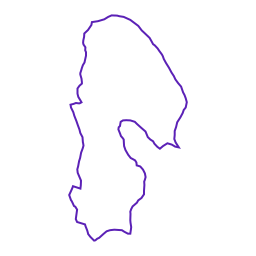 outline of Kabba/Bunu, Kogi, Nigeria
{"feature_id": "59680162B92155854422456", "entity_name": "Kabba/Bunu", "entity_type": "district", "adm_level": 2, "iso_a3": "NGA", "parent_name": "Nigeria", "parent_adm1": "Kogi", "projection": "natural_earth1", "projection_center": [6.213, 8.074], "detail": "fine", "context": "isolated", "style": "outline", "palette": "violet", "viewbox_px": 256, "rotation_deg": 0, "n_neighbors": 0, "source": "geoboundaries", "source_scale": "gbopen_adm2", "svg_char_len": 2376}
<svg xmlns="http://www.w3.org/2000/svg" viewBox="0 0 256 256"><path d="M84.3,33.5L84.1,36.8L83.3,40.5L83.1,42.8L83.5,44.5L85.4,47.3L85.2,50.3L86.0,52.2L86.0,54.3L86.0,55.7L84.9,60.6L84.5,62.5L82.9,65.1L81.9,67.9L81.3,70.0L80.7,71.9L80.3,73.1L80.3,74.5L81.5,78.7L81.9,82.2L81.9,83.6L79.5,85.7L77.5,88.5L77.5,91.5L77.5,93.7L78.3,96.9L80.7,100.9L81.5,102.3L79.7,103.3L78.3,103.3L75.9,103.0L73.3,104.0L72.4,104.2L71.2,104.5L70.5,104.7L70.7,105.7L71.0,107.5L73.3,112.2L74.3,115.7L76.5,121.3L77.7,124.8L79.5,129.7L80.3,133.0L82.5,137.2L82.9,142.4L83.1,143.1L83.5,145.6L82.7,148.4L81.1,152.7L80.1,158.0L79.4,160.2L79.1,161.1L78.1,166.5L77.7,167.9L77.3,169.3L77.7,172.8L81.0,180.6L80.8,185.4L80.4,188.6L73.0,186.2L72.6,187.3L72.1,188.6L70.8,191.5L69.2,195.0L71.0,200.2L71.4,200.6L72.4,202.5L74.0,206.0L75.3,206.7L75.7,207.4L77.1,209.6L75.8,219.1L77.1,222.0L85.0,224.4L85.6,226.4L87.2,230.4L87.8,232.5L88.2,234.1L90.4,236.9L93.0,239.5L94.1,240.6L95.4,240.3L97.1,238.8L99.2,237.8L103.4,234.0L106.6,231.3L110.0,230.2L114.3,229.7L121.9,230.2L124.4,231.8L128.0,233.7L130.3,233.7L130.7,230.8L130.9,229.7L131.2,227.1L130.5,222.6L130.3,220.2L130.5,213.8L130.3,211.7L131.2,209.1L132.6,206.4L136.9,202.7L137.9,200.9L138.3,200.3L141.5,198.0L142.0,197.2L144.0,194.3L144.0,190.8L144.4,185.0L144.2,181.6L144.9,179.7L145.6,177.1L144.9,173.4L143.0,169.6L140.3,166.5L138.5,165.9L136.7,165.4L136.4,162.5L135.1,160.4L133.2,159.3L130.7,158.0L128.2,154.8L125.5,150.1L124.1,146.1L123.9,143.2L123.7,139.5L122.8,138.2L120.9,136.0L120.3,134.2L118.4,129.4L118.7,127.3L120.0,126.0L120.3,123.9L120.7,121.8L123.0,120.4L126.2,120.2L130.3,120.4L134.8,121.8L136.9,123.9L141.0,127.6L145.5,131.5L147.8,137.1L150.3,139.5L153.1,141.3L154.4,143.7L157.4,146.9L159.9,148.7L163.1,146.0L167.4,143.3L171.8,144.6L175.1,146.6L178.8,147.4L175.6,142.4L174.3,139.0L174.7,135.0L174.7,131.0L176.1,127.0L177.2,122.3L180.4,117.3L182.7,113.0L183.8,109.8L184.2,109.4L185.7,107.5L186.8,102.2L185.7,98.2L184.5,95.0L183.1,92.4L181.1,86.6L178.1,83.1L175.4,79.4L173.8,76.0L171.5,72.5L169.0,67.8L166.0,63.0L163.8,59.0L162.9,56.4L162.3,55.2L161.9,54.5L160.6,52.7L159.4,51.1L157.6,48.4L154.7,45.3L153.1,44.2L151.7,41.6L149.6,37.9L144.6,33.1L141.7,30.4L138.3,25.9L130.3,19.9L123.7,16.9L119.3,16.2L117.1,15.6L111.6,15.4L108.2,16.9L104.3,19.3L97.9,21.2L91.9,22.1L91.4,25.0L88.0,30.0L84.3,33.5Z" fill="none" stroke="#5b21b6" stroke-width="2"/></svg>